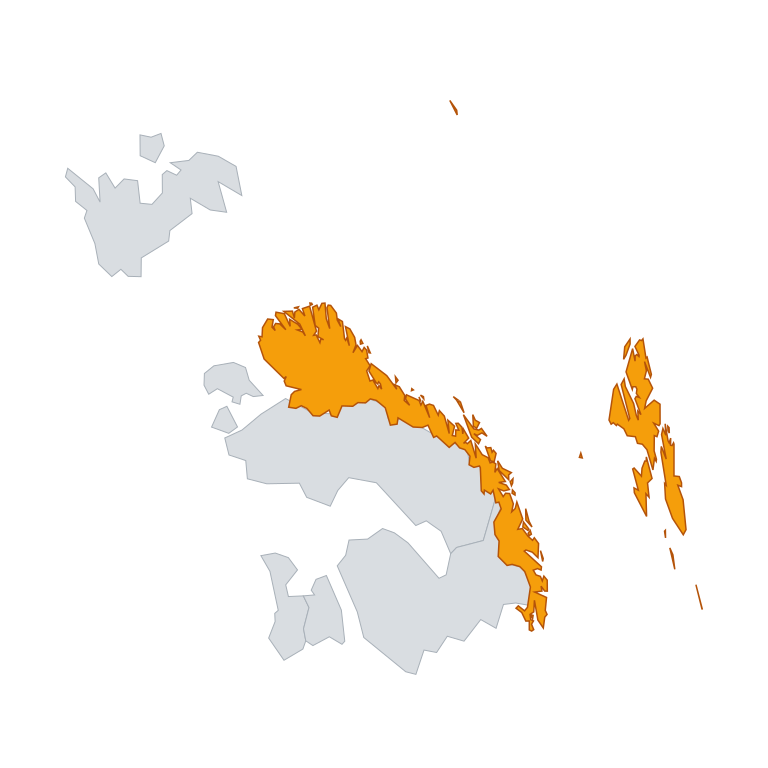 Norway shown with its bordering countries, rotated 79°
{"feature_id": "NOR", "entity_name": "Norway", "entity_type": "country or territory", "adm_level": 0, "iso_a3": "NOR", "parent_name": "Europe", "parent_adm1": "", "projection": "natural_earth1", "projection_center": [16.239, 69.249], "detail": "fine", "context": "with_neighbors", "style": "filled", "palette": "amber", "viewbox_px": 768, "rotation_deg": 79, "n_neighbors": 6, "source": "natural_earth", "source_scale": "50m", "svg_char_len": 8624}
<svg xmlns="http://www.w3.org/2000/svg" viewBox="0 0 768 768"><g transform="rotate(79 384 384)"><path d="M379.5,483.4L398.8,459.5L404.2,437.4L395.1,427.9L394.9,403.3L404.6,386.1L418.6,386.4L423.7,379.2L418.6,373.0L440.7,347.5L463.7,315.0L476.9,315.1L480.4,305.2L506.2,308.0L507.8,296.5L516.2,295.7L556.6,316.4L558.3,343.9L563.3,350.9L539.5,356.0L526.4,368.6L529.0,379.8L479.5,410.3L469.2,436.5L479.7,449.7L493.7,460.1L480.5,481.5L465.2,486.0L459.6,518.1L451.0,536.2L432.8,534.3L424.1,549.7L406.6,550.6L402.1,532.2L390.1,510.4L379.5,483.4Z" fill="#d9dde1" stroke="#a8b0b8" stroke-width="1"/><path d="M621.2,509.8L628.7,514.2L636.1,534.9L611.4,545.7L596.4,536.2L588.3,535.0L586.0,531.0L546.1,531.7L529.0,537.6L529.2,523.0L536.2,511.0L550.0,504.4L562.4,518.8L574.4,518.4L576.6,503.6L589.1,500.3L608.9,509.7L621.2,509.8Z" fill="#d9dde1" stroke="#a8b0b8" stroke-width="1"/><path d="M629.0,471.6L631.5,474.9L621.7,485.9L627.2,503.7L621.2,509.8L608.9,509.7L589.1,500.3L576.6,503.6L577.8,492.4L572.5,494.8L562.8,488.0L561.0,477.1L597.8,469.0L629.0,471.6Z" fill="#d9dde1" stroke="#a8b0b8" stroke-width="1"/><path d="M360.6,558.0L350.8,560.9L339.4,558.3L333.7,547.5L334.1,527.7L341.4,516.8L354.6,515.6L372.2,504.9L371.4,514.7L366.8,521.0L368.4,526.4L376.4,529.3L372.5,536.6L368.1,534.5L356.8,548.5L360.6,558.0ZM398.2,536.0L402.8,545.8L393.4,561.5L377.8,550.5L375.9,542.5L398.2,536.0Z" fill="#d9dde1" stroke="#a8b0b8" stroke-width="1"/><path d="M113.4,579.8L92.9,576.0L97.3,565.5L95.5,555.1L108.3,554.3L123.1,566.3L113.4,579.8ZM160.0,588.9L163.4,577.5L154.2,565.1L136.1,561.7L133.1,556.4L139.5,547.7L135.2,542.4L126.0,551.6L127.3,532.9L120.9,523.0L128.8,503.2L142.2,487.7L171.9,487.6L153.7,508.2L185.4,505.7L180.0,521.4L164.7,538.7L180.1,539.9L192.5,564.9L202.6,568.1L213.9,598.2L232.3,602.0L229.5,614.6L221.2,620.4L226.6,630.7L211.8,641.1L191.0,641.0L164.0,646.5L157.0,642.5L145.9,651.9L131.6,649.6L119.9,657.2L111.9,653.3L136.9,632.3L151.3,628.0L127.2,624.7L123.7,616.8L140.4,610.6L133.1,600.0L137.4,587.1L160.0,588.9Z" fill="#d9dde1" stroke="#a8b0b8" stroke-width="1"/><path d="M624.1,296.5L623.2,308.8L645.2,320.6L633.7,334.0L651.7,354.5L643.7,370.0L657.6,383.6L652.8,395.5L675.1,408.1L670.6,417.6L629.0,452.2L602.6,453.7L553.6,464.6L544.8,454.3L530.5,448.1L533.1,429.7L525.6,413.0L532.1,402.2L544.6,390.7L585.2,367.1L583.2,359.4L563.3,350.9L558.3,343.9L556.6,316.4L516.2,295.7L524.2,291.1L539.7,300.4L557.4,299.5L572.2,303.8L584.7,296.0L590.4,283.2L610.9,277.3L628.8,284.2L624.1,296.5Z" fill="#d9dde1" stroke="#a8b0b8" stroke-width="1"/><path d="M522.0,296.9L509.1,297.2L512.3,300.3L507.3,305.7L511.1,306.8L507.4,308.9L484.6,305.4L482.7,305.9L483.0,311.7L479.5,315.9L471.3,313.4L463.9,317.1L461.1,322.0L454.9,325.4L458.7,332.1L445.1,342.2L445.9,345.5L432.8,348.7L434.0,354.7L431.8,363.6L419.9,376.7L425.9,378.8L425.6,385.6L407.6,387.3L398.6,394.7L396.0,400.3L399.0,405.7L397.3,413.2L399.9,418.9L397.5,429.4L407.8,436.3L405.2,441.8L399.1,442.8L403.2,453.2L401.6,459.7L393.3,464.3L389.5,469.4L391.1,475.1L388.6,482.0L376.8,477.1L374.2,473.2L373.7,466.1L367.1,480.4L362.1,481.4L358.0,478.5L359.4,481.2L336.6,496.9L319.3,499.2L317.5,496.8L313.2,497.8L314.4,494.7L305.5,492.5L298.0,485.8L299.7,480.4L306.8,483.1L310.8,480.6L306.8,481.5L303.9,478.8L305.1,474.9L312.0,470.0L296.2,477.5L292.9,476.3L296.0,468.4L309.5,465.1L302.5,464.3L308.9,457.3L314.6,454.0L314.4,458.8L317.5,453.8L321.7,452.0L309.2,455.2L293.6,468.5L295.0,460.0L302.2,459.4L296.4,457.8L294.5,453.3L302.2,448.7L294.4,449.7L293.4,442.2L319.2,440.2L322.8,443.8L322.9,441.2L331.2,439.0L327.6,437.3L329.1,434.8L324.9,439.8L316.7,437.5L313.4,440.4L295.0,439.4L293.8,434.8L298.7,433.8L293.0,429.6L293.3,426.5L308.9,428.2L319.3,426.7L298.2,425.4L295.9,423.7L296.7,421.3L305.3,417.2L312.3,417.7L319.4,415.5L311.3,416.7L314.7,412.9L332.0,414.1L333.8,413.4L331.7,411.8L339.8,410.7L320.3,410.9L323.4,407.0L332.6,403.9L340.2,404.0L347.4,408.5L341.1,402.7L348.0,399.4L344.3,396.5L347.4,394.6L355.4,394.8L355.6,397.2L363.4,394.2L367.8,398.5L378.4,397.2L378.0,394.2L387.3,390.9L384.6,389.2L388.6,387.3L383.2,387.5L380.9,388.8L382.7,390.2L381.1,391.5L368.4,396.3L361.6,392.7L376.3,379.7L391.6,372.5L386.8,373.5L389.6,369.5L399.2,365.8L404.0,367.3L409.8,362.9L402.8,365.7L398.9,364.0L406.9,352.7L411.7,351.8L408.3,349.2L425.8,345.6L413.0,346.8L412.4,343.2L414.5,339.5L424.9,336.7L420.7,334.7L427.0,330.9L445.1,329.4L431.7,328.2L438.9,322.8L447.6,326.8L448.9,323.7L442.8,322.3L443.6,319.4L436.4,321.0L436.7,318.6L441.3,315.7L448.0,316.2L443.5,314.6L453.3,311.2L457.5,317.3L456.7,315.2L458.5,313.6L456.0,309.6L474.4,307.7L460.2,305.8L472.1,301.1L476.3,295.8L481.7,294.9L481.4,291.9L483.8,289.4L491.9,292.1L488.6,289.0L502.9,283.5L502.5,290.2L506.6,283.2L511.5,281.1L511.8,286.8L508.8,291.6L517.3,288.5L514.4,285.5L515.5,281.6L526.3,279.9L533.8,283.0L531.3,279.0L525.2,276.1L542.9,273.6L552.2,280.4L552.3,275.8L560.9,271.7L565.8,268.0L563.6,265.8L570.1,262.7L583.9,266.0L577.4,270.5L574.0,276.3L574.8,278.2L593.5,264.3L596.6,265.3L594.5,268.5L595.2,273.0L600.4,271.2L602.7,267.2L607.5,266.2L603.1,263.7L607.7,261.2L618.5,263.2L617.9,265.8L612.4,268.4L617.4,268.5L617.0,275.8L624.6,265.2L637.0,268.9L641.3,267.9L643.6,270.7L653.9,274.2L645.0,278.0L625.0,277.6L636.3,280.5L638.0,284.6L643.3,285.0L645.1,282.5L647.9,285.0L653.7,283.9L654.7,286.2L653.1,288.3L644.4,286.6L643.8,290.0L634.6,292.4L629.3,297.2L627.4,294.5L633.5,289.3L630.6,285.8L611.2,279.0L595.0,281.6L589.2,285.5L585.5,292.6L585.6,297.8L575.1,304.8L560.1,301.0L553.0,303.8L540.5,302.5L529.0,292.8L521.9,293.8L522.0,296.9ZM456.5,116.9L475.8,120.6L477.3,122.0L473.9,126.7L482.7,123.4L487.8,126.1L486.2,128.5L501.2,131.6L509.9,130.9L511.9,131.6L508.6,132.7L519.7,136.4L498.7,138.4L492.4,141.9L490.6,146.5L483.7,147.3L481.2,155.1L473.7,157.1L467.9,162.6L469.1,163.8L465.7,166.3L466.8,168.7L462.3,170.0L433.0,159.6L428.5,155.4L466.3,150.8L464.8,149.3L429.7,151.3L424.8,147.3L432.5,147.6L450.8,142.7L463.1,142.3L468.0,141.3L459.0,140.0L463.1,137.6L446.3,140.5L444.3,138.7L446.0,135.9L441.4,138.1L437.4,136.7L434.7,137.4L434.2,140.2L436.7,141.3L418.3,144.1L396.7,133.2L409.5,133.2L404.3,132.1L403.3,130.2L405.7,128.5L404.5,128.1L395.0,130.5L389.5,124.7L390.5,122.9L389.1,121.2L408.5,121.9L407.7,120.6L425.6,119.7L428.3,121.1L411.7,124.0L421.1,123.9L428.6,127.4L429.7,123.7L439.4,121.1L450.6,129.9L457.7,132.8L451.4,121.9L456.5,116.9ZM498.4,110.8L529.6,116.9L531.2,111.8L537.8,110.8L541.5,111.5L539.4,114.9L554.7,112.5L584.6,115.3L589.1,119.0L571.0,126.4L550.6,129.6L535.2,127.5L537.2,126.3L503.8,125.2L498.2,123.7L511.6,121.3L486.6,121.2L480.9,118.7L488.1,117.1L476.7,115.6L493.9,116.0L496.2,115.3L491.8,112.9L498.8,114.4L499.4,112.9L497.0,111.0L498.4,110.8ZM505.6,140.4L527.9,138.9L531.4,144.2L545.7,145.4L541.7,147.8L564.1,151.5L538.5,159.0L533.7,158.4L536.8,154.6L514.9,156.1L514.2,154.5L523.6,148.9L515.9,146.8L509.4,142.7L509.7,141.3L505.6,140.4ZM449.9,305.3L457.0,299.9L460.7,302.6L452.9,308.1L429.3,311.9L445.2,304.4L447.3,299.8L446.2,296.8L455.0,292.8L450.7,297.2L452.2,302.3L449.9,305.3ZM473.5,287.2L481.3,290.7L479.7,294.1L464.2,296.4L466.4,295.2L466.8,291.3L471.6,290.9L469.9,289.2L473.5,287.2ZM497.0,279.0L501.8,279.8L490.8,287.5L481.1,287.1L489.3,283.9L495.3,275.9L497.0,279.0ZM391.7,134.8L402.0,141.0L405.5,144.1L393.4,140.6L386.8,133.9L391.7,134.8ZM440.1,297.6L445.0,301.4L442.6,304.3L431.0,302.7L436.9,301.3L440.1,297.6ZM552.6,266.0L544.7,270.7L533.4,268.7L546.4,267.8L552.6,266.0ZM555.2,270.6L550.8,275.0L546.0,273.4L554.2,269.4L555.2,270.6ZM416.2,312.4L427.5,310.9L415.2,315.3L416.2,312.4ZM133.9,260.8L118.2,265.3L129.1,260.4L133.9,260.8ZM665.3,114.8L640.5,116.1L666.1,114.5L665.3,114.8ZM606.8,133.0L621.4,133.9L599.4,134.7L606.8,133.0ZM577.4,262.2L585.7,261.0L588.5,262.1L577.4,262.2ZM560.6,270.3L558.1,271.0L555.7,268.4L559.6,268.0L560.6,270.3ZM518.0,276.6L515.7,279.1L512.5,278.1L515.8,276.1L518.0,276.6ZM494.4,203.5L493.3,206.2L489.4,204.0L494.4,203.5ZM588.8,137.0L582.0,136.7L581.3,135.7L588.8,137.0ZM383.0,369.5L385.2,372.0L379.0,371.4L383.0,369.5ZM501.6,275.5L505.8,276.6L508.2,278.3L504.1,278.8L501.6,275.5ZM486.6,113.3L484.0,114.1L479.6,113.5L481.2,112.5L486.6,113.3ZM350.5,392.8L343.4,393.1L350.9,391.5L350.5,392.8ZM340.4,399.5L337.4,399.2L336.2,398.1L340.1,397.0L340.4,399.5ZM413.4,316.0L409.6,318.4L413.8,314.4L413.4,316.0ZM293.1,454.4L292.1,458.0L291.9,453.3L293.1,454.4ZM406.1,347.8L401.9,350.3L403.9,347.7L406.1,347.8ZM642.7,282.9L638.9,284.2L638.6,283.7L639.6,281.8L642.7,282.9ZM407.3,351.6L403.3,352.1L408.2,351.1L407.3,351.6ZM395.4,356.3L395.8,358.3L393.9,357.6L395.4,356.3ZM292.7,441.3L290.4,441.3L290.9,439.6L292.2,439.2L292.7,441.3Z" fill="#f59e0b" stroke="#b45309" stroke-width="1.5"/></g></svg>